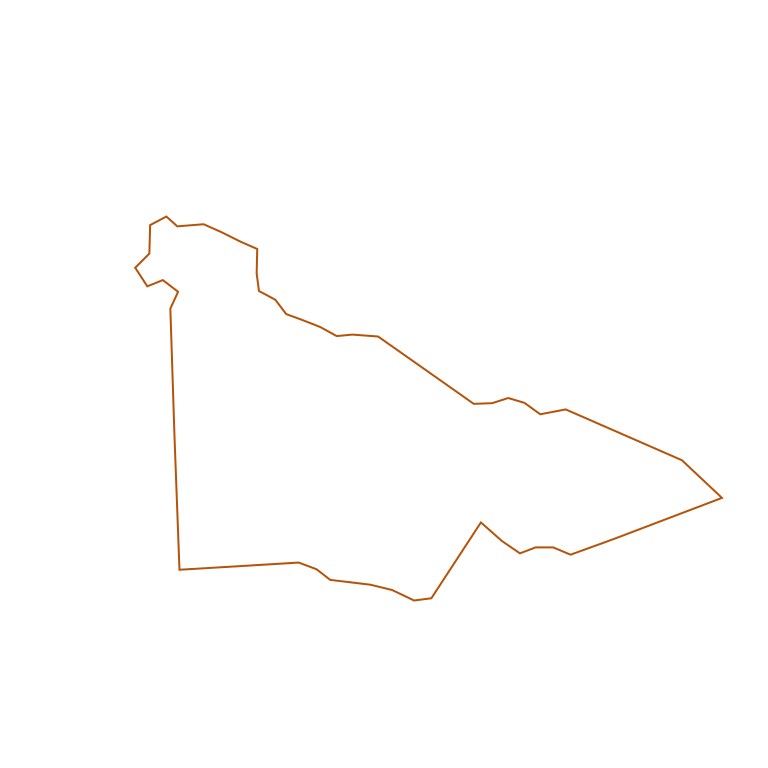 the district of Chã de Alegria, Pernambuco, Brazil, rotated 246°
{"feature_id": "56859067B74341974682366", "entity_name": "Chã de Alegria", "entity_type": "district", "adm_level": 2, "iso_a3": "BRA", "parent_name": "Brazil", "parent_adm1": "Pernambuco", "projection": "albers", "projection_center": [-35.213, -8.007], "detail": "fine", "context": "isolated", "style": "outline", "palette": "amber", "viewbox_px": 768, "rotation_deg": 246, "n_neighbors": 0, "source": "geoboundaries", "source_scale": "gbopen_adm2", "svg_char_len": 730}
<svg xmlns="http://www.w3.org/2000/svg" viewBox="0 0 768 768"><g transform="rotate(246 384 384)"><path d="M624.3,235.0L598.6,222.7L591.4,204.0L569.5,207.5L568.9,224.2L552.0,233.4L539.8,219.5L422.6,171.8L297.5,121.6L255.6,233.4L242.2,247.0L226.9,255.2L206.2,289.9L192.5,307.6L174.0,323.4L169.0,340.1L218.1,416.2L192.5,427.9L174.0,439.3L173.1,456.0L165.9,472.1L152.2,485.0L149.0,529.9L142.5,646.4L193.1,625.2L286.9,539.6L292.8,514.4L309.7,504.6L320.7,491.7L322.5,474.9L329.4,457.9L429.8,397.9L442.0,375.2L447.0,360.3L462.0,348.9L475.7,335.4L487.6,323.1L505.1,319.0L519.8,307.6L536.7,312.6L558.9,323.1L572.0,311.1L588.9,297.2L603.3,284.2L612.1,259.3L625.5,253.3L624.3,235.0Z" fill="none" stroke="#b45309" stroke-width="2"/></g></svg>